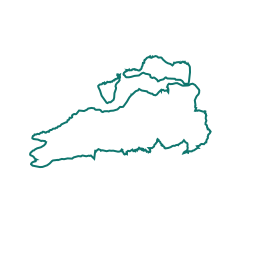 outline of Malorua, Shefa, Vanuatu, rotated 37°
{"feature_id": "77236927B16755152791685", "entity_name": "Malorua", "entity_type": "district", "adm_level": 2, "iso_a3": "VUT", "parent_name": "Vanuatu", "parent_adm1": "Shefa", "projection": "natural_earth1", "projection_center": [168.26, -17.624], "detail": "fine", "context": "isolated", "style": "outline", "palette": "teal", "viewbox_px": 256, "rotation_deg": 37, "n_neighbors": 0, "source": "geoboundaries", "source_scale": "gbopen_adm2", "svg_char_len": 5754}
<svg xmlns="http://www.w3.org/2000/svg" viewBox="0 0 256 256"><g transform="rotate(37 128 128)"><path d="M190.9,111.6L190.4,110.5L190.5,110.0L193.0,108.3L193.2,107.3L194.1,106.2L195.6,101.9L196.2,101.5L194.1,101.0L195.8,99.1L195.8,97.6L196.2,96.6L198.4,95.2L198.6,92.6L199.1,92.3L198.0,90.4L197.8,87.8L196.8,86.9L196.7,86.1L196.1,85.0L196.5,83.1L196.2,81.2L195.5,80.9L195.1,81.1L193.9,80.4L192.8,80.9L192.8,80.5L191.2,80.2L191.2,79.8L190.4,79.5L189.4,78.4L187.7,78.4L186.8,77.2L186.2,75.0L184.3,73.6L183.3,72.0L183.2,71.1L182.7,71.0L182.0,70.0L180.6,69.9L180.5,69.2L180.1,69.0L179.8,68.2L179.3,68.3L178.5,69.6L174.0,71.2L173.0,72.5L172.4,72.5L171.8,73.6L171.2,73.9L170.4,70.9L169.3,71.1L168.3,69.9L168.3,69.3L164.7,65.7L163.9,62.5L163.7,61.0L164.0,58.9L163.6,57.1L162.3,55.1L161.4,54.6L155.7,53.3L153.0,53.7L151.6,55.3L150.9,57.2L150.2,58.0L146.5,61.1L145.6,61.5L140.4,62.5L139.0,63.6L137.1,66.0L135.5,67.4L134.1,68.0L133.9,69.5L134.3,70.8L134.7,71.1L134.6,71.8L136.2,72.1L136.4,72.7L137.3,73.1L138.6,75.2L137.5,74.9L137.5,73.9L137.3,73.8L135.9,75.0L135.0,76.3L133.1,76.4L132.5,77.1L131.9,77.2L131.8,77.8L132.1,78.3L131.5,78.0L131.0,80.9L130.9,83.8L130.3,85.3L128.5,86.2L126.7,86.0L125.7,86.7L122.3,87.6L121.1,87.3L116.4,89.8L113.4,90.2L113.4,91.8L112.0,94.0L111.2,98.8L110.6,99.2L110.9,99.6L110.7,102.8L111.3,107.7L111.4,113.9L110.4,115.0L109.0,115.9L108.4,119.5L105.9,122.9L103.4,125.1L102.7,126.4L101.5,126.9L99.0,128.9L98.3,130.4L97.1,130.8L95.5,130.3L94.3,130.5L91.4,132.8L90.3,133.0L89.2,132.6L86.7,134.0L84.5,136.4L84.2,138.1L82.7,140.9L78.4,143.5L78.3,147.8L78.0,148.4L76.6,149.2L75.8,150.9L75.9,151.8L76.9,153.0L76.6,154.0L75.2,154.9L75.9,156.6L75.1,158.3L75.6,159.1L75.6,160.2L74.9,161.0L72.7,165.1L72.6,167.4L71.2,168.9L71.3,170.4L70.4,171.1L70.2,172.3L68.6,173.6L68.1,175.6L67.1,176.4L66.8,177.4L67.2,178.3L67.1,178.7L66.4,178.7L65.3,180.4L65.4,180.8L64.8,181.5L63.0,181.7L62.1,182.4L62.2,183.4L61.2,184.4L60.7,186.4L59.3,187.1L58.4,188.7L57.3,189.4L57.5,190.4L56.9,191.5L57.3,193.0L57.9,193.8L59.3,193.6L63.1,191.4L66.6,190.6L66.9,190.0L69.5,188.4L70.6,188.8L71.1,188.6L71.6,190.2L71.4,192.4L70.0,195.9L67.7,198.8L66.6,201.2L66.4,202.5L65.7,203.2L65.1,206.3L65.3,207.3L65.9,208.2L66.5,208.4L68.9,207.8L70.8,208.0L72.0,208.6L73.7,208.3L73.1,208.9L74.1,209.6L73.6,210.4L73.9,210.6L72.7,212.1L72.2,213.3L72.1,214.7L72.4,215.3L74.4,215.5L81.2,212.2L83.2,210.5L85.9,206.4L86.8,203.5L87.2,200.1L87.6,199.1L90.9,195.9L91.4,195.8L93.8,192.5L95.7,191.4L98.1,188.6L101.8,186.1L102.3,184.2L105.2,180.4L107.5,179.0L107.6,178.3L108.3,177.3L111.7,175.7L113.4,173.6L114.3,173.3L114.9,172.3L119.5,172.9L115.7,166.2L116.5,166.1L116.2,165.1L116.8,164.5L117.1,162.7L119.6,162.0L120.0,162.4L121.1,161.1L124.9,159.4L126.7,157.2L128.3,156.3L129.8,155.0L134.3,152.9L135.6,151.7L136.0,150.4L135.9,148.9L136.7,148.8L137.6,150.3L138.6,150.2L140.2,151.1L141.1,151.2L141.5,150.4L141.9,150.3L142.3,149.6L142.9,149.5L142.3,148.7L142.0,148.8L141.3,148.3L141.8,146.2L143.4,145.5L144.5,142.6L146.2,143.3L146.8,142.8L146.5,142.2L146.7,141.8L147.6,141.9L147.1,141.0L147.8,140.4L148.7,140.5L148.3,139.3L149.1,138.8L148.7,138.4L148.7,137.1L150.3,137.2L150.7,136.5L151.4,136.4L151.8,136.5L151.9,137.2L152.4,137.2L152.5,136.6L152.3,135.7L152.6,135.6L153.1,136.7L154.0,136.8L154.7,135.3L155.1,135.7L155.7,135.0L157.2,135.7L157.5,135.1L158.6,134.7L159.0,135.0L159.3,134.2L160.0,134.0L159.9,133.3L158.6,131.9L156.7,131.5L159.3,129.5L159.9,127.1L159.2,125.4L159.6,123.8L159.4,123.1L159.6,121.8L158.5,120.1L158.3,119.1L159.6,119.1L160.4,119.9L161.2,119.7L162.3,119.9L163.1,120.5L164.5,120.7L165.0,121.4L165.6,120.9L166.1,121.6L167.3,121.2L168.9,121.5L169.1,121.9L170.0,121.9L172.1,119.8L173.6,117.6L174.3,115.7L175.0,114.8L176.1,114.1L176.7,112.7L177.6,111.7L178.4,111.5L178.3,110.9L179.3,107.8L179.9,107.2L180.0,104.1L182.5,104.8L184.5,104.5L185.6,105.4L186.6,107.1L187.4,107.6L188.5,109.5L188.4,111.1L187.7,112.5L187.3,114.0L187.5,114.8L188.7,113.0L188.7,112.2L190.9,111.6ZM140.2,41.7L137.2,40.5L137.3,41.1L136.3,41.4L134.3,41.1L134.2,41.4L133.5,41.0L133.2,41.8L132.0,41.9L131.4,42.6L131.3,43.9L130.9,44.5L130.3,44.7L129.8,44.3L129.7,44.7L128.8,44.9L127.3,46.3L126.5,47.6L125.5,48.1L126.0,50.0L125.8,51.3L123.5,51.3L120.8,52.3L118.5,52.6L114.8,52.3L112.8,51.7L111.9,51.8L109.9,53.5L108.2,53.4L106.8,53.9L105.1,56.4L104.5,56.3L104.6,57.7L103.2,58.4L102.1,58.6L100.9,60.5L100.7,63.4L100.3,63.6L100.4,64.2L101.7,66.1L101.6,66.7L100.8,67.1L102.1,69.5L102.3,71.0L102.9,72.2L103.0,73.3L102.6,73.9L102.7,75.0L101.9,75.7L98.2,76.9L98.4,77.3L97.1,77.6L96.4,78.3L96.1,79.0L96.2,79.6L95.8,80.0L94.5,81.0L93.8,80.7L93.8,81.4L92.8,82.0L93.2,82.0L92.9,82.9L92.0,84.0L92.2,84.5L91.9,84.8L91.6,86.4L92.0,87.7L92.6,88.1L93.9,88.0L95.0,88.5L96.1,88.5L98.1,87.0L99.5,85.6L101.8,82.5L105.1,79.5L106.2,75.8L107.0,74.6L109.5,74.1L111.3,73.1L113.5,72.3L115.5,73.8L117.4,73.4L118.2,72.2L118.8,71.9L122.2,72.0L123.8,72.7L124.4,72.1L124.5,71.2L125.0,70.3L127.0,67.8L127.5,65.2L127.8,64.8L129.6,64.8L135.8,60.5L137.1,60.7L140.9,58.0L143.0,57.8L146.4,58.8L148.2,57.4L149.5,56.8L149.3,55.6L148.6,54.0L144.0,46.2L140.9,42.3L140.2,41.7ZM87.5,118.1L95.7,120.7L96.6,120.5L97.3,118.8L98.6,117.9L99.5,114.1L98.7,112.1L96.2,108.3L94.8,103.9L94.2,103.0L93.1,102.4L92.2,100.6L92.2,98.6L92.6,96.8L92.5,94.8L91.7,94.2L91.1,92.2L90.0,91.3L89.5,90.3L89.2,91.0L87.6,91.2L87.2,91.6L87.7,92.4L89.3,92.7L89.8,94.3L89.6,95.2L88.6,96.3L88.8,96.7L88.4,97.0L88.4,98.2L87.9,98.3L87.8,99.0L87.3,99.7L87.4,100.7L86.4,101.4L86.2,102.1L85.7,102.1L85.2,102.9L83.8,103.5L83.9,104.0L83.5,104.4L83.4,106.0L82.1,105.9L82.4,106.9L81.8,106.9L81.5,106.6L80.8,107.4L80.9,108.0L80.7,108.9L79.2,110.4L78.9,112.4L79.9,113.3L82.9,114.8L87.5,118.1ZM103.0,57.9L102.4,57.5L102.3,57.8L103.0,57.9Z" fill="none" stroke="#0f766e" stroke-width="2"/></g></svg>